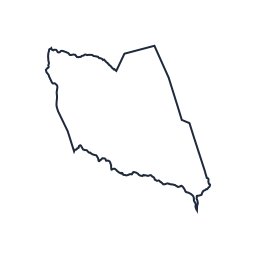 outline of Tilaran, Guanacaste, Costa Rica, rotated 163°
{"feature_id": "36466004B12916636175246", "entity_name": "Tilaran", "entity_type": "district", "adm_level": 2, "iso_a3": "CRI", "parent_name": "Costa Rica", "parent_adm1": "Guanacaste", "projection": "equal_earth", "projection_center": [-84.874, 10.487], "detail": "fine", "context": "isolated", "style": "outline", "palette": "slate", "viewbox_px": 256, "rotation_deg": 163, "n_neighbors": 0, "source": "geoboundaries", "source_scale": "gbopen_adm2", "svg_char_len": 5587}
<svg xmlns="http://www.w3.org/2000/svg" viewBox="0 0 256 256"><g transform="rotate(163 128 128)"><path d="M190.0,164.5L186.6,142.6L186.4,121.4L185.9,122.0L185.4,122.7L184.6,122.7L184.1,122.5L183.7,122.5L183.4,122.7L183.1,122.8L182.7,123.3L182.4,123.4L181.7,123.4L180.9,123.6L180.7,123.9L180.6,124.4L180.5,124.7L180.2,125.0L179.3,125.4L178.6,125.4L178.4,125.2L178.1,124.6L177.9,123.4L177.6,122.5L177.4,121.3L177.3,120.7L177.1,120.5L176.2,119.9L175.8,119.5L174.7,119.2L174.0,118.8L173.9,118.6L172.7,116.1L172.3,115.8L171.3,115.5L171.2,115.4L171.2,114.9L170.6,114.3L170.3,113.9L169.0,112.7L166.3,111.1L166.1,110.7L166.0,110.1L165.8,109.2L165.8,108.9L165.5,108.2L165.5,106.7L165.7,106.0L165.6,105.4L165.6,104.9L165.3,104.7L165.0,104.7L164.2,105.4L163.2,105.5L162.5,106.0L161.9,106.2L161.5,106.5L161.3,106.6L160.7,106.3L160.4,106.1L159.4,105.8L159.0,105.5L158.7,105.1L158.6,104.7L158.6,103.4L158.5,103.1L158.2,103.1L157.6,102.8L156.9,102.8L156.2,102.4L155.7,101.8L155.3,101.2L155.1,99.9L155.1,96.9L155.5,95.9L155.6,95.0L155.9,94.3L155.9,93.0L155.5,93.0L154.6,93.2L153.6,93.2L152.8,93.0L152.5,92.8L152.4,92.5L151.8,91.8L151.5,91.3L151.0,90.1L150.8,89.9L150.6,89.5L150.2,89.1L149.6,88.1L149.1,87.6L148.4,87.1L147.9,86.5L147.4,87.0L146.6,86.6L146.1,84.5L144.9,84.1L144.0,83.5L143.5,83.2L142.9,83.1L140.7,83.1L140.4,83.3L139.5,83.3L138.3,82.7L137.8,82.6L137.6,83.0L137.4,83.3L136.4,83.6L136.1,83.9L136.0,84.2L135.3,84.2L134.4,83.7L133.0,82.7L132.0,81.5L131.7,81.1L131.6,80.6L130.9,79.5L130.3,79.0L128.9,78.2L128.2,77.9L127.9,77.9L127.5,78.4L127.3,78.4L126.6,78.5L126.4,78.3L126.0,77.8L125.3,77.7L124.2,77.2L123.6,76.7L122.7,76.3L121.4,76.4L120.2,76.3L119.9,76.2L119.6,75.9L119.3,75.2L119.2,75.0L119.1,74.8L119.0,74.5L117.7,73.1L117.5,72.3L117.5,71.0L117.5,70.9L117.2,70.9L117.0,70.7L116.3,69.5L116.0,69.2L115.4,68.9L114.1,68.9L113.6,68.6L113.2,67.9L113.0,67.2L112.7,66.9L112.5,66.6L112.1,66.5L111.9,66.1L111.6,65.6L111.5,65.3L110.8,64.0L110.5,64.0L110.0,63.5L106.6,63.5L106.0,63.2L105.8,63.1L105.4,62.9L105.1,62.5L104.6,62.4L104.3,62.1L104.1,61.9L103.9,61.9L103.7,61.7L103.2,61.4L102.8,61.3L102.6,61.3L102.4,61.1L101.4,60.8L100.6,60.1L99.8,59.7L99.6,59.6L99.5,59.3L98.8,58.6L98.4,58.1L98.2,58.0L98.1,57.7L97.9,57.6L97.6,57.2L97.3,56.9L95.0,56.9L94.7,57.2L94.0,57.2L93.7,57.0L93.6,56.8L93.4,56.7L93.1,56.1L92.8,55.8L92.6,55.3L92.5,54.8L92.3,54.4L92.1,53.6L91.9,52.8L91.8,52.5L91.7,51.4L91.6,50.5L91.4,50.3L91.4,50.1L91.1,49.7L90.9,49.7L90.7,49.4L89.9,49.0L89.6,48.7L89.4,48.7L87.2,46.6L86.2,45.1L86.0,44.6L85.7,44.1L85.5,43.6L85.5,42.1L85.6,41.9L85.6,41.3L85.7,40.7L86.1,40.0L86.1,38.2L85.9,37.7L85.8,37.4L85.7,37.2L85.7,36.9L85.6,36.6L85.6,34.8L85.7,34.5L86.3,33.6L86.5,32.5L86.5,31.3L86.4,30.8L86.4,29.9L86.2,29.7L86.1,29.2L85.4,31.2L85.2,31.7L84.9,32.8L84.4,33.7L84.2,33.9L83.9,34.7L83.2,35.5L83.1,37.1L82.9,37.6L82.9,39.2L83.0,39.5L83.1,40.3L83.0,40.6L82.6,41.0L82.3,42.5L82.0,42.9L81.3,42.9L80.5,42.6L77.3,42.6L77.1,42.7L76.6,43.6L75.7,44.7L74.7,45.4L74.3,45.9L72.6,46.0L72.4,46.1L71.4,46.6L71.1,46.6L70.7,46.3L70.4,46.3L69.9,46.5L68.7,47.3L68.3,47.7L67.7,47.8L67.2,48.1L66.9,48.4L66.1,49.8L66.1,50.0L66.8,50.7L66.9,50.9L66.9,52.2L66.9,52.9L66.6,53.8L66.0,55.4L66.0,56.0L66.3,56.5L66.7,56.9L67.2,57.1L67.3,57.3L67.3,57.8L67.2,58.0L67.2,58.7L67.2,62.5L67.1,63.3L67.1,64.2L67.7,100.0L67.8,114.7L74.2,120.0L74.2,133.8L74.4,164.3L78.7,198.9L109.7,200.1L122.5,186.0L123.6,187.6L123.6,187.8L123.7,188.2L124.5,188.2L124.6,188.6L124.7,188.9L125.4,189.6L125.6,190.3L125.8,190.5L125.9,191.0L126.3,191.7L126.4,192.2L127.0,193.1L127.5,193.4L127.5,193.8L127.7,194.2L127.7,194.4L128.0,194.9L128.4,195.4L128.5,196.2L129.2,196.8L129.5,197.4L129.6,197.8L130.3,199.0L130.7,200.1L130.9,200.4L132.0,200.3L132.1,200.6L132.3,201.2L132.5,201.5L132.9,202.0L134.3,203.0L135.1,203.2L135.2,203.4L135.5,204.0L135.7,204.3L135.8,204.8L136.2,205.1L136.8,205.3L137.5,205.8L138.2,206.1L140.0,207.0L140.6,208.0L141.0,208.4L144.4,209.5L145.5,209.6L145.9,209.7L146.4,210.2L146.8,210.5L147.9,210.8L148.1,210.8L148.3,210.7L148.6,210.6L149.1,210.3L151.4,210.4L151.8,210.1L152.0,209.9L152.4,209.9L152.9,209.9L153.9,210.2L155.0,210.3L156.0,210.8L156.2,211.3L156.7,212.2L156.7,212.7L157.1,213.1L157.1,213.3L157.5,213.7L158.6,214.2L161.5,214.5L162.4,215.0L162.6,215.7L162.7,215.9L163.0,216.7L163.4,217.3L164.7,218.3L165.1,218.8L165.9,219.3L166.5,219.8L167.3,220.3L167.5,220.6L168.6,221.1L169.4,221.3L169.6,221.3L170.2,221.0L170.5,220.7L171.3,220.4L171.7,220.4L172.9,220.9L173.1,221.2L173.2,221.8L173.6,223.3L173.7,223.5L174.0,223.8L175.6,224.4L176.6,224.4L176.8,224.2L177.6,224.8L178.0,225.5L178.0,226.8L178.8,226.4L179.9,226.4L180.5,226.0L181.0,224.8L182.1,223.2L182.5,222.3L182.7,221.9L183.2,220.6L183.7,219.2L183.7,218.6L184.5,215.6L184.5,214.3L184.6,213.3L185.1,212.3L185.5,211.9L185.9,211.3L185.9,211.0L185.9,210.0L186.2,209.3L186.7,208.9L187.5,208.9L187.8,208.7L188.2,208.4L188.6,208.2L188.9,208.0L189.1,207.9L189.5,207.6L189.6,207.3L189.6,205.0L189.5,204.8L189.5,204.6L189.3,204.2L189.2,204.0L189.0,203.6L188.5,202.3L188.4,201.7L188.4,199.8L188.3,199.3L188.1,198.6L188.1,197.6L187.7,196.0L187.7,195.3L187.5,194.2L187.5,193.9L187.0,192.7L186.0,192.3L185.2,192.3L185.0,192.1L184.4,191.3L183.6,189.9L183.4,189.3L183.4,188.5L183.5,188.2L183.8,187.1L184.2,186.4L184.2,186.2L184.6,185.6L184.7,185.1L185.2,184.3L185.4,183.7L185.6,183.5L186.0,182.3L186.1,181.3L186.4,180.6L186.4,180.2L186.5,179.6L187.1,177.6L187.2,177.3L187.5,176.4L187.9,175.7L188.3,174.6L188.7,173.7L188.9,173.1L189.5,171.5L189.7,170.4L189.9,170.1L189.9,169.3L189.9,169.2L189.9,168.7L190.0,168.6L190.0,164.5Z" fill="none" stroke="#1e293b" stroke-width="2"/></g></svg>